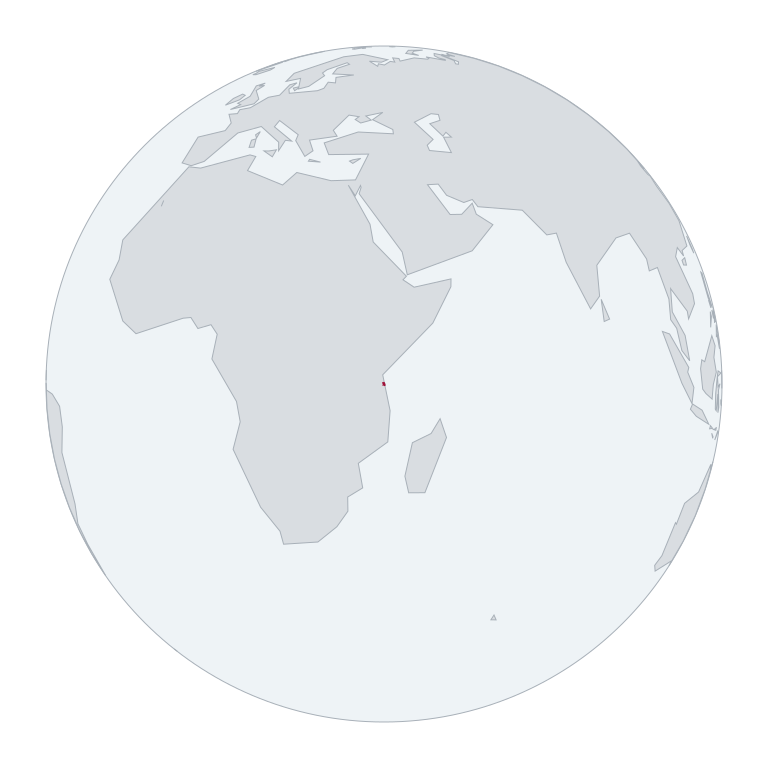 globe centered on Zanzibar South and Central
{"feature_id": "TZA-3337", "entity_name": "Zanzibar South and Central", "entity_type": "Region", "adm_level": 1, "iso_a3": "TZA", "parent_name": "United Republic of Tanzania", "parent_adm1": "", "projection": "orthographic", "projection_center": [39.422, -6.232], "detail": "fine", "context": "on_globe", "style": "filled", "palette": "rose", "viewbox_px": 768, "rotation_deg": 0, "n_neighbors": 0, "source": "natural_earth", "source_scale": "10m", "svg_char_len": 6547}
<svg xmlns="http://www.w3.org/2000/svg" viewBox="0 0 768 768"><circle cx="384" cy="384" r="338" fill="#eef3f6" stroke="#a8b0b8"/><path d="M46.4,369.9L46.3,373.4L46.1,380.3L46.4,369.9ZM46.1,382.9L46.3,384.1L46.4,390.0L52.3,394.1L59.6,406.3L62.3,426.9L61.9,452.5L75.0,503.8L77.9,523.7L87.7,544.2L105.6,575.5L91.9,554.0L79.9,531.4L69.6,507.9L61.1,483.8L54.5,459.0L49.8,433.9L47.0,408.4L46.1,382.9ZM174.2,648.9L175.5,649.9L177.4,651.4L174.2,648.9ZM644.0,168.2L644.2,168.9L636.9,160.1L640.7,166.1L647.8,174.4L650.2,176.1L656.7,186.4L669.1,203.4L679.0,220.8L686.9,246.0L682.1,250.5L683.6,256.0L677.3,247.6L675.6,256.7L692.7,293.7L694.5,303.7L688.6,318.9L687.3,311.2L670.6,288.6L672.3,311.9L685.1,335.4L689.7,360.8L681.9,350.6L676.7,328.3L670.7,319.7L668.9,299.0L657.4,267.5L649.3,270.9L646.6,259.0L629.5,233.2L616.0,237.9L596.8,265.3L599.6,296.1L590.6,308.9L566.2,262.3L556.4,233.1L546.8,234.9L522.3,210.2L477.9,206.7L472.3,199.5L463.8,202.5L446.6,195.3L438.2,184.1L427.5,184.7L450.1,214.5L461.7,214.3L472.2,203.2L476.3,214.2L492.9,224.7L472.2,250.8L407.3,274.8L402.2,252.0L359.1,193.7L361.1,187.4L360.9,186.8L360.5,185.5L355.3,195.8L348.3,185.2L370.0,224.2L373.2,242.0L406.4,276.2L403.0,279.8L414.1,287.2L451.0,278.9L450.9,286.7L432.8,323.1L382.7,374.8L390.1,410.7L387.8,441.9L358.3,463.3L362.7,487.9L347.7,497.0L347.9,511.2L336.9,526.7L317.9,542.0L283.6,544.2L280.0,531.2L260.6,507.2L233.1,449.3L240.2,421.8L236.5,401.5L211.9,359.0L217.2,334.2L211.0,324.7L197.9,328.5L190.9,317.5L183.1,318.2L136.0,333.7L122.8,321.0L109.8,279.3L119.1,259.9L122.8,239.9L188.9,166.8L200.6,168.1L250.0,154.9L255.8,156.5L247.5,170.6L282.6,185.0L296.8,172.5L331.1,180.7L355.5,179.9L368.6,154.1L328.7,154.6L324.2,142.9L358.2,132.0L393.4,133.8L392.8,129.5L372.6,119.7L382.8,112.4L365.8,116.0L371.2,120.1L360.7,123.0L355.2,119.5L359.0,116.7L349.0,115.1L333.3,130.3L337.1,136.2L309.5,140.1L313.0,150.8L304.8,156.4L295.7,140.6L298.2,134.7L279.6,120.5L274.4,126.8L291.7,141.1L285.4,140.3L278.6,150.7L278.7,142.2L261.3,126.5L237.8,133.0L204.2,161.4L191.2,165.7L182.1,162.9L198.1,137.1L225.2,130.6L231.2,123.0L229.0,114.3L237.4,113.6L239.8,109.7L250.4,107.7L268.4,97.3L279.6,95.2L289.8,84.8L297.0,82.8L288.9,89.2L289.3,93.3L317.5,90.7L323.9,88.3L328.2,82.2L335.5,82.9L336.0,77.4L353.8,75.0L332.7,73.9L337.2,68.4L349.5,64.3L347.2,62.7L327.1,69.7L322.5,73.0L324.6,75.7L308.7,86.4L298.4,89.0L300.6,78.4L286.1,81.4L294.2,73.3L343.7,56.8L362.7,54.4L387.7,59.7L381.5,62.2L369.4,61.2L377.7,66.3L378.4,63.8L384.4,65.0L390.3,61.4L394.8,62.1L392.7,57.9L398.9,58.5L400.1,61.1L414.1,57.9L427.8,59.2L428.8,58.3L426.0,56.9L445.3,60.4L445.2,59.6L438.8,58.0L434.3,55.7L434.1,53.5L440.8,54.8L441.8,55.7L454.0,60.5L455.6,63.8L458.4,64.3L458.5,61.8L443.6,55.8L441.5,54.2L449.6,56.6L446.5,55.6L447.6,55.3L454.9,56.4L446.5,53.9L448.9,52.4L473.9,58.3L498.4,66.0L522.3,75.7L545.3,87.1L567.4,100.2L588.5,115.0L608.3,131.3L626.9,149.1L644.0,168.2ZM163.7,200.5L161.3,206.3L163.7,200.5ZM429.5,150.5L451.4,152.6L443.6,137.2L451.4,137.1L445.9,132.3L442.9,136.1L429.8,123.7L440.0,120.3L438.4,114.5L431.0,113.7L414.4,122.2L433.1,139.4L427.2,145.2L429.5,150.5ZM242.7,94.1L245.2,95.3L239.6,99.8L225.4,105.2L233.4,98.5L242.7,94.1ZM250.1,96.3L256.3,85.9L265.3,83.1L259.2,86.2L264.6,85.4L256.2,90.5L258.8,99.1L254.0,103.8L230.4,109.5L240.7,104.6L237.7,103.3L250.1,96.3ZM256.1,73.4L258.9,71.4L274.9,67.4L270.4,70.0L256.0,74.7L252.8,74.7L256.1,73.4ZM324.7,51.3L319.5,52.3L315.6,53.1L314.2,53.4L309.0,54.6L305.8,55.5L297.5,57.4L292.9,58.9L291.6,59.1L286.0,61.2L286.5,60.6L279.7,62.8L282.8,62.2L255.9,71.3L278.3,63.0L301.3,56.4L324.7,51.3ZM263.9,150.9L268.7,151.0L276.4,149.8L272.3,156.8L263.9,150.9ZM251.5,140.2L256.1,138.8L254.0,147.1L249.1,147.4L251.5,140.2ZM260.3,131.6L256.5,138.1L255.6,134.8L260.3,131.6ZM293.3,88.1L298.3,86.9L298.1,88.3L294.6,90.7L293.3,88.1ZM354.7,49.2L352.0,49.0L353.9,48.7L354.6,47.8L361.7,47.3L364.1,47.6L354.7,49.2ZM360.8,158.4L352.8,163.4L349.5,161.1L352.9,159.8L360.8,158.4ZM309.6,159.3L320.5,162.1L308.4,161.2L309.6,159.3ZM362.6,48.5L362.0,48.0L366.0,48.1L362.6,48.5ZM367.0,47.0L371.9,46.9L362.7,47.1L367.0,47.0ZM494.0,615.0L496.1,619.9L490.9,619.8L494.0,615.0ZM446.5,437.5L424.9,492.7L408.7,492.8L404.9,476.2L412.4,442.7L431.1,433.5L440.1,418.7L446.5,437.5ZM711.7,433.2L713.0,436.7L712.7,438.3L711.7,433.2ZM710.5,425.7L712.6,428.4L709.6,428.8L710.5,425.7ZM713.4,429.5L715.4,428.7L716.4,427.2L715.8,430.3L713.4,429.5ZM708.8,424.3L696.3,416.3L690.4,409.2L692.6,404.0L702.1,410.2L708.8,424.3ZM692.0,403.6L681.9,383.2L662.4,331.4L669.6,334.0L688.8,367.5L687.7,372.1L693.9,387.4L692.0,403.6ZM713.3,384.6L712.1,399.1L705.9,393.5L702.7,389.1L700.6,368.7L701.8,359.8L704.7,361.7L711.8,335.7L715.1,345.8L713.9,357.4L716.3,372.1L713.3,384.6ZM601.2,299.3L609.6,319.1L604.2,321.5L601.2,299.3ZM711.4,316.4L710.7,327.4L710.3,311.6L711.4,316.4ZM709.3,300.9L710.9,307.9L708.5,300.1L709.3,300.9ZM686.5,265.1L683.6,265.0L682.0,260.3L684.7,257.7L686.5,265.1ZM686.6,235.9L692.3,249.0L693.8,253.2L689.7,244.3L686.6,235.9ZM422.7,50.1L413.8,51.2L412.2,53.2L418.7,55.4L405.8,53.4L408.3,50.3L422.7,50.1ZM395.4,46.7L392.3,46.9L389.2,46.6L395.4,46.7ZM669.0,565.6L672.0,560.5L655.1,571.1L654.7,565.3L661.9,555.7L675.5,522.7L676.4,524.2L684.6,503.3L698.6,492.0L710.9,464.3L710.4,470.9L712.9,461.7L705.2,488.9L695.3,515.5L683.2,541.1L669.0,565.6ZM714.7,440.0L717.7,431.1L718.1,431.7L714.7,440.0ZM721.1,400.8L720.8,404.6L720.8,400.4L721.1,400.8ZM721.2,405.9L721.2,402.9L721.4,399.8L721.3,404.6L721.2,405.9ZM717.5,376.7L718.1,386.8L720.0,383.7L718.5,390.1L718.8,407.4L717.9,412.7L717.9,394.0L716.2,410.7L715.3,409.1L715.7,393.6L717.2,377.0L718.1,370.9L720.9,373.0L717.5,376.7ZM721.8,388.4L721.7,376.8L721.6,370.3L721.8,376.9L721.8,388.4ZM719.5,348.8L717.0,334.5L716.4,337.2L716.2,324.5L718.8,340.1L719.5,348.8ZM715.0,320.6L714.6,322.9L714.0,315.2L715.0,320.6ZM713.5,318.5L711.8,310.1L713.0,312.6L713.5,318.5ZM715.6,322.0L713.0,308.5L715.0,317.4L715.6,322.0ZM707.1,291.5L712.4,307.7L708.2,298.1L700.8,272.1L702.0,273.2L707.1,291.5Z" fill="#d9dde1" stroke="#a8b0b8" stroke-width="1"/><path d="M383.8,382.6L383.9,382.9L384.0,383.0L384.0,383.3L384.0,383.5L384.0,383.8L384.1,383.7L384.1,383.8L384.2,383.7L384.3,383.7L384.3,383.8L384.5,383.8L384.5,383.7L384.4,383.5L384.4,383.4L384.5,383.5L384.7,384.5L384.9,384.9L384.9,385.1L384.7,385.3L384.3,385.3L384.2,385.2L384.0,384.5L384.0,384.4L383.8,384.5L383.9,384.8L383.7,384.8L383.8,384.7L383.7,384.6L383.6,384.4L383.4,384.1L383.3,383.9L383.2,383.8L383.1,383.7L383.2,383.1L383.1,382.8L383.6,382.8L383.8,382.7L383.8,382.6Z" fill="#f43f5e" stroke="#9f1239" stroke-width="1.5"/></svg>